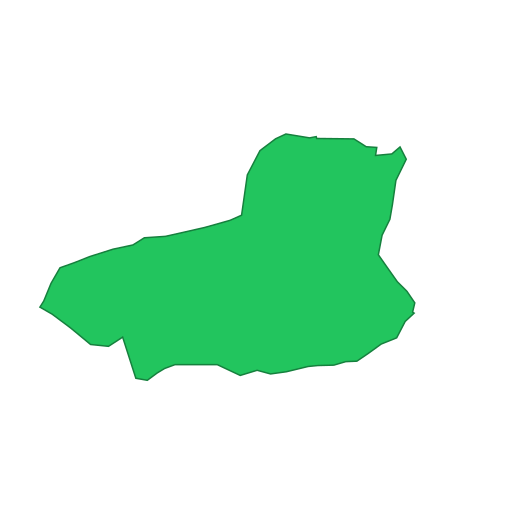 the district of Kato Mylos, Limassol, Cyprus, rotated 29°
{"feature_id": "46923920B26044622120903", "entity_name": "Kato Mylos", "entity_type": "district", "adm_level": 2, "iso_a3": "CYP", "parent_name": "Cyprus", "parent_adm1": "Limassol", "projection": "robinson", "projection_center": [33.002, 34.898], "detail": "fine", "context": "isolated", "style": "filled", "palette": "green", "viewbox_px": 512, "rotation_deg": 29, "n_neighbors": 0, "source": "geoboundaries", "source_scale": "gbopen_adm2", "svg_char_len": 968}
<svg xmlns="http://www.w3.org/2000/svg" viewBox="0 0 512 512"><g transform="rotate(29 256 256)"><path d="M250.8,122.4L245.6,126.7L223.0,134.8L216.3,144.0L208.4,161.9L209.1,189.3L223.6,227.3L216.0,237.4L197.1,256.1L182.2,269.4L167.3,282.7L149.5,294.2L143.0,306.0L127.7,319.3L113.4,334.4L110.7,337.3L100.1,350.2L90.3,361.3L90.0,379.3L92.2,398.3L91.8,405.5L105.9,405.7L128.6,408.8L142.0,411.3L154.2,413.6L170.8,406.5L178.7,391.6L210.2,421.2L221.2,417.4L226.3,406.2L230.6,398.7L237.8,390.3L274.8,369.8L300.1,368.1L312.4,355.4L325.9,352.1L338.7,342.5L355.1,327.4L363.2,321.8L377.0,313.7L385.7,304.9L395.2,299.1L401.6,286.4L408.2,272.3L418.7,259.4L418.2,240.9L422.0,229.3L420.2,229.2L417.6,220.0L405.1,213.7L392.1,210.0L375.1,201.8L362.4,195.6L356.2,176.7L355.3,159.0L350.4,144.9L341.7,122.0L340.5,98.5L329.1,90.8L325.3,100.9L311.8,110.1L309.0,102.5L299.4,107.0L284.9,106.1L271.9,113.1L252.1,123.8L250.8,122.4Z" fill="#22c55e" stroke="#15803d" stroke-width="1.5"/></g></svg>